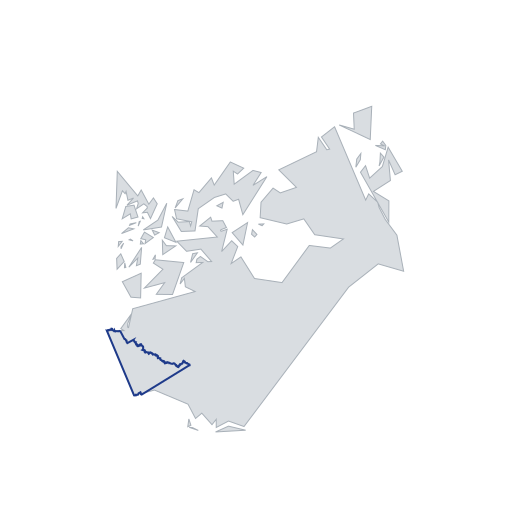 Yukon highlighted on a map of Canada, rotated 329°
{"feature_id": "CAN-636", "entity_name": "Yukon", "entity_type": "Territory", "adm_level": 1, "iso_a3": "CAN", "parent_name": "Canada", "parent_adm1": "", "projection": "albers", "projection_center": [-131.937, 64.827], "detail": "fine", "context": "in_parent", "style": "outline", "palette": "blue", "viewbox_px": 512, "rotation_deg": 329, "n_neighbors": 0, "source": "natural_earth", "source_scale": "10m", "svg_char_len": 8577}
<svg xmlns="http://www.w3.org/2000/svg" viewBox="0 0 512 512"><g transform="rotate(329 256 256)"><path d="M121.4,348.0L99.9,318.6L79.7,312.7L89.7,243.2L104.3,251.9L102.7,248.6L119.5,241.4L111.3,247.8L109.3,250.9L109.9,251.7L123.2,237.7L185.5,255.1L179.6,246.0L183.1,238.3L176.5,240.9L181.1,236.4L207.0,234.1L201.3,230.9L203.7,228.3L208.1,227.8L211.8,236.1L215.1,237.9L212.3,221.7L198.9,216.2L195.7,202.5L232.6,219.8L229.9,206.1L223.2,201.3L237.1,199.4L236.2,203.5L245.7,208.6L245.3,216.4L239.7,215.4L238.8,215.7L238.8,216.9L245.1,218.2L228.8,234.5L243.0,230.4L245.2,238.5L230.8,249.7L242.6,249.0L243.1,274.5L264.6,292.2L307.1,274.4L323.8,287.5L339.7,286.4L317.3,268.0L316.1,248.8L298.8,244.4L279.3,225.3L288.0,212.5L305.6,206.6L309.3,214.4L326.0,218.0L319.9,193.9L361.6,197.8L370.5,186.4L371.4,201.4L374.2,202.3L373.4,187.7L389.9,185.7L378.8,264.6L384.6,260.8L388.0,272.6L386.5,277.7L385.6,291.3L387.5,310.7L374.7,345.1L356.7,325.7L319.4,330.4L157.9,396.0L147.4,383.3L133.6,382.5L137.8,375.5L131.4,377.9L128.6,362.8L120.5,364.1L121.4,348.0ZM215.4,196.6L218.6,193.6L207.1,183.2L210.1,174.2L220.7,182.4L237.0,167.3L239.7,172.3L258.0,166.1L256.7,173.7L282.4,162.2L290.7,174.4L282.4,176.2L280.2,171.6L274.3,183.2L297.5,181.1L303.4,187.1L289.8,193.9L306.2,193.6L266.0,213.8L270.3,198.4L264.6,197.3L262.0,187.2L250.5,184.4L230.9,185.7L216.6,203.1L204.6,196.5L204.5,178.9L206.7,186.9L216.6,192.2L215.4,196.6ZM160.5,143.1L180.7,112.0L185.6,143.6L191.6,140.3L190.8,156.4L198.0,153.4L198.2,160.4L184.8,169.6L185.4,162.6L181.0,160.6L187.5,158.9L188.2,157.5L186.7,153.5L178.0,154.0L182.1,150.3L182.8,147.7L171.6,146.0L180.9,143.2L174.9,142.3L177.9,133.7L175.9,135.2L175.1,131.3L160.5,143.1ZM143.8,226.0L169.4,219.4L164.4,209.2L167.8,207.4L190.7,224.4L164.6,246.0L150.8,237.5L164.0,231.8L143.8,226.0ZM410.1,260.5L389.9,261.1L398.3,277.2L387.3,295.3L388.7,238.0L396.4,235.0L393.5,247.8L410.4,244.4L425.3,230.8L425.0,258.7L417.1,258.0L419.1,241.9L410.1,260.5ZM128.2,209.2L148.7,211.6L135.5,232.5L127.6,226.9L128.2,209.2ZM160.5,155.2L169.9,146.5L177.6,149.6L174.9,161.8L168.1,159.9L170.0,155.1L160.5,155.2ZM172.8,175.6L190.4,174.7L206.7,164.8L189.9,182.5L172.8,175.6ZM141.2,200.1L162.4,189.7L152.6,203.4L148.5,202.7L153.6,196.9L141.2,200.1ZM394.8,186.5L405.5,197.9L413.2,183.7L432.3,187.3L413.9,215.0L394.8,186.5ZM176.8,206.8L183.8,194.3L184.5,201.0L192.4,206.0L176.8,206.8ZM250.4,239.9L247.6,223.7L266.0,223.0L250.4,239.9ZM186.9,193.2L195.3,185.6L194.4,203.0L186.9,193.2ZM141.2,184.5L140.2,192.8L130.1,195.8L135.3,186.3L141.2,184.5ZM172.7,178.1L177.5,187.3L167.3,188.2L169.8,185.3L166.2,181.8L172.7,178.1ZM152.3,167.5L161.2,166.1L165.2,169.8L152.3,167.5ZM130.7,386.0L144.8,387.7L157.4,400.0L130.7,386.0ZM211.4,173.2L217.6,168.3L222.7,169.3L211.4,173.2ZM196.6,227.8L202.9,221.4L207.4,223.1L196.6,227.8ZM180.4,180.4L185.0,186.1L179.9,185.9L180.4,180.4ZM164.6,163.7L170.6,165.8L163.4,164.6L164.6,163.7ZM248.3,192.8L255.5,193.1L251.5,197.4L248.3,192.8ZM145.1,178.5L149.2,176.8L144.0,180.3L145.1,178.5ZM170.4,203.2L168.1,206.4L166.0,205.7L170.4,203.2ZM415.3,222.7L423.0,227.9L420.4,224.0L423.7,222.8L424.2,228.1L421.6,231.5L415.3,222.7ZM145.7,172.9L148.8,174.5L142.9,176.8L145.7,172.9ZM398.7,222.1L395.0,227.2L387.3,231.3L392.3,224.8L398.7,222.1ZM266.5,231.6L267.9,238.0L264.6,239.0L263.4,235.1L266.5,231.6ZM109.6,367.2L114.5,361.1L113.0,367.6L109.6,367.2ZM170.4,169.7L173.7,166.3L174.7,166.6L170.4,169.7ZM165.2,183.5L165.9,187.6L163.0,186.2L165.2,183.5ZM407.9,242.2L410.6,239.3L415.6,231.9L416.6,237.1L407.9,242.2ZM274.5,229.9L279.2,232.5L276.8,233.2L274.5,229.9ZM140.0,194.2L138.5,198.8L137.2,198.3L140.0,194.2ZM179.0,164.0L179.1,166.3L177.8,165.2L179.0,164.0ZM157.0,176.8L158.4,179.7L155.6,176.8L157.0,176.8ZM110.5,368.5L113.2,370.4L116.7,375.8L110.5,368.5Z" fill="#d9dde1" stroke="#a8b0b8" stroke-width="1"/><path d="M81.3,313.6L79.8,312.8L79.7,312.7L89.7,243.2L89.9,243.4L90.0,243.5L90.1,243.4L90.6,243.6L91.2,243.8L91.7,243.9L91.9,243.8L92.5,243.8L93.3,244.2L92.8,244.0L93.0,244.3L93.8,244.6L94.0,244.8L94.4,244.9L94.7,245.6L95.3,246.1L95.5,246.7L95.6,247.1L95.9,247.0L96.0,247.2L96.2,246.7L96.0,246.8L96.1,246.7L96.3,246.7L96.3,246.8L96.3,247.1L96.5,247.6L96.9,248.0L98.3,249.0L98.6,249.1L98.9,249.4L99.1,249.6L99.5,249.6L99.8,249.8L100.3,250.2L100.5,250.3L100.7,250.1L100.9,250.2L101.0,250.0L100.5,258.9L100.5,259.2L100.5,259.4L100.9,259.6L101.0,259.7L101.1,260.1L101.2,260.5L101.1,261.1L101.0,261.3L101.3,261.6L101.2,261.7L101.3,262.2L101.2,262.3L101.1,262.7L100.9,262.9L100.8,263.1L100.9,263.3L100.8,263.6L100.8,263.9L100.9,264.1L100.9,264.4L107.8,264.7L107.6,264.8L107.1,264.8L107.0,265.0L107.5,265.4L107.6,265.5L107.7,265.8L107.8,266.0L107.9,266.3L107.9,266.5L107.7,266.7L107.7,266.8L107.9,267.1L107.8,267.3L108.0,267.5L108.1,267.8L108.4,268.0L108.1,268.2L108.1,268.4L108.1,268.5L108.2,268.8L108.2,269.0L107.9,268.8L107.9,269.0L107.8,269.4L107.7,269.9L107.7,270.0L107.8,270.0L108.2,270.0L108.4,270.1L108.4,270.3L108.4,270.6L108.4,270.9L108.4,271.1L108.1,271.4L108.0,271.5L107.9,271.7L108.0,271.8L108.1,272.4L108.2,272.5L108.9,272.7L109.0,272.6L109.0,272.4L109.7,272.1L110.2,272.1L110.3,272.1L110.4,272.3L110.3,272.5L110.1,272.9L110.2,273.0L110.4,273.0L110.6,272.9L110.7,272.7L110.9,272.5L111.2,272.1L111.4,272.1L111.5,272.2L111.5,272.4L111.7,272.5L111.9,272.3L112.1,272.4L112.1,272.6L112.1,272.8L111.6,273.1L111.4,273.3L111.4,273.5L112.0,274.0L112.2,274.4L112.3,274.7L112.4,274.9L112.6,275.4L112.5,275.6L112.3,275.7L112.3,276.0L112.2,276.2L112.1,276.5L111.5,277.2L111.4,277.4L111.4,277.7L111.1,277.8L110.9,278.1L110.7,278.1L110.9,278.3L110.6,278.4L110.9,278.7L111.0,278.5L111.3,278.4L111.4,278.5L111.5,278.7L111.4,279.1L111.6,279.2L111.9,279.2L112.0,279.3L112.1,279.6L111.8,279.7L111.7,280.0L111.5,280.3L111.6,280.6L111.5,280.9L111.2,281.1L111.3,281.6L111.6,281.5L112.1,281.6L112.6,282.1L112.9,282.1L113.3,282.9L113.6,283.2L114.0,283.2L114.1,283.4L114.0,283.7L113.9,283.9L113.7,284.2L113.7,284.5L114.1,284.4L114.3,284.6L114.5,284.5L114.7,284.4L114.8,284.3L115.0,284.2L115.0,283.9L115.5,284.1L115.9,284.2L116.1,284.5L116.3,284.9L116.2,285.2L116.4,285.4L116.6,285.8L116.8,285.9L116.6,286.2L116.6,286.4L116.6,286.5L116.8,286.8L116.8,287.0L117.1,286.9L117.2,287.0L117.2,287.4L117.3,287.5L117.8,287.9L118.0,287.8L118.3,288.1L118.4,288.4L118.5,288.5L119.1,288.8L119.3,288.7L119.4,288.9L119.4,289.0L119.1,289.1L118.8,289.3L118.7,289.4L118.7,289.5L118.9,289.8L119.3,289.5L119.5,289.6L119.4,289.8L119.5,289.9L119.5,290.0L119.9,290.1L119.9,290.4L120.2,290.5L120.4,291.2L120.2,291.3L120.1,291.5L120.1,291.9L120.1,292.0L119.9,292.1L119.6,292.2L119.4,292.4L119.3,292.8L119.7,292.8L119.9,293.2L120.2,293.3L120.4,293.8L120.4,294.0L120.8,294.3L121.1,294.2L121.3,294.4L121.1,294.7L121.0,294.9L120.9,295.1L120.9,295.4L120.9,295.5L120.7,295.6L120.7,295.9L121.0,296.1L121.2,296.5L121.3,296.8L121.5,297.0L121.6,297.4L121.7,297.5L121.5,297.8L121.6,298.0L121.9,297.8L122.3,298.2L122.6,298.3L122.8,298.4L122.9,298.6L122.6,298.8L122.5,299.0L122.8,299.3L122.6,299.5L122.5,299.8L122.6,300.2L122.8,300.5L122.6,300.9L122.6,301.0L122.8,301.0L123.2,301.3L123.6,301.1L123.9,301.3L124.0,301.2L124.1,301.4L124.2,301.6L124.4,301.7L124.5,301.6L124.6,301.3L124.7,301.2L125.2,301.2L125.4,301.4L125.8,301.8L125.8,302.0L126.0,302.2L126.2,302.4L126.4,302.7L126.4,303.1L126.5,303.1L126.8,303.0L127.2,303.6L127.3,304.0L127.6,304.3L128.0,304.8L128.4,305.0L128.6,305.2L128.8,305.3L129.0,305.5L129.6,305.5L129.9,305.4L130.5,305.8L130.6,306.3L130.8,306.4L130.8,306.7L131.0,307.1L131.1,307.8L131.1,308.1L131.1,308.4L130.9,308.5L131.0,308.9L131.3,308.7L131.5,308.7L131.5,309.2L131.7,309.6L131.6,309.8L131.7,310.3L131.8,310.4L131.8,310.6L131.8,310.8L132.0,311.0L132.1,310.8L132.2,310.7L132.4,310.8L132.5,311.0L132.9,310.6L133.2,310.4L133.5,310.7L134.0,310.6L134.2,310.4L134.1,310.1L134.3,310.0L134.5,309.9L134.6,310.0L134.7,310.3L135.0,310.3L135.1,309.8L135.2,309.7L135.3,309.6L135.6,309.7L136.1,310.0L136.7,310.0L137.4,310.3L137.7,310.1L138.0,309.7L138.6,309.6L139.0,309.5L139.0,309.2L139.2,308.7L139.5,308.7L139.8,308.7L140.0,308.6L140.1,308.8L140.3,309.4L140.6,309.9L140.5,310.1L140.2,310.4L140.2,310.7L140.4,311.0L140.9,311.5L141.0,311.7L141.1,312.1L141.6,312.1L141.8,312.2L141.9,312.4L141.9,312.8L142.0,313.2L142.3,313.5L142.5,314.0L142.9,314.4L143.1,314.8L142.9,315.2L143.0,315.4L143.4,315.2L143.5,315.2L143.7,315.3L86.6,315.9L86.2,315.3L86.2,315.1L86.8,313.6L86.8,313.3L86.7,313.3L84.6,313.2L83.4,314.1L83.2,314.1L81.7,313.1L81.4,313.5L81.3,313.6ZM94.6,243.8L95.1,244.2L95.2,244.4L95.1,244.5L94.8,244.4L94.5,244.7L94.4,244.7L94.1,244.3L93.9,244.4L94.3,244.0L94.6,243.8Z" fill="none" stroke="#1e3a8a" stroke-width="2"/></g></svg>